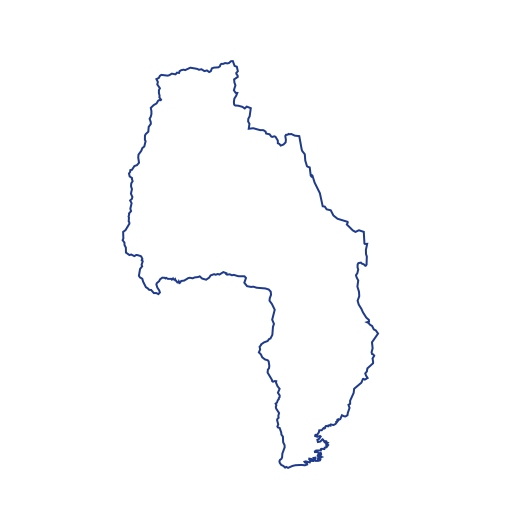 Ban Khok, Uttaradit, Thailand, rotated 323°
{"feature_id": "78962969B52849562974755", "entity_name": "Ban Khok", "entity_type": "district", "adm_level": 2, "iso_a3": "THA", "parent_name": "Thailand", "parent_adm1": "Uttaradit", "projection": "mercator", "projection_center": [100.999, 18.124], "detail": "fine", "context": "isolated", "style": "outline", "palette": "blue", "viewbox_px": 512, "rotation_deg": 323, "n_neighbors": 0, "source": "geoboundaries", "source_scale": "gbopen_adm2", "svg_char_len": 6101}
<svg xmlns="http://www.w3.org/2000/svg" viewBox="0 0 512 512"><g transform="rotate(323 256 256)"><path d="M233.2,438.2L235.0,436.5L239.3,433.6L240.3,430.5L242.2,430.7L244.1,428.2L251.6,424.1L254.5,421.1L263.9,420.6L267.3,418.6L267.9,418.8L268.5,420.2L271.7,420.6L271.9,417.7L272.6,415.5L275.1,414.9L277.3,412.8L284.9,412.1L285.8,411.1L287.4,408.0L290.4,406.8L290.4,405.2L289.7,404.1L290.4,402.4L293.6,399.9L296.7,394.7L306.8,391.4L306.9,387.5L305.9,385.5L306.6,381.8L305.7,379.5L305.5,377.0L304.8,375.7L306.8,376.4L307.7,374.9L307.0,371.6L307.5,365.4L308.4,361.4L308.8,356.7L310.2,352.9L314.3,350.2L316.7,346.6L318.6,341.4L322.9,337.1L323.5,333.6L324.3,331.5L326.6,330.7L329.5,328.3L330.3,326.1L332.1,323.9L333.5,323.3L335.8,324.4L335.9,325.6L337.1,327.6L337.4,329.6L338.1,329.8L339.1,329.4L344.2,323.1L345.0,320.7L347.4,317.3L352.1,313.2L350.3,312.0L350.1,311.3L356.6,301.6L353.7,297.4L349.9,296.6L348.7,293.8L347.5,285.5L349.4,284.5L349.7,283.8L343.5,275.3L342.2,270.2L343.2,264.5L340.5,261.2L340.7,258.0L339.2,256.4L344.8,244.3L347.0,232.6L349.5,225.6L349.2,225.0L348.1,225.6L348.1,224.7L352.2,217.6L350.9,215.6L350.8,214.8L352.8,209.4L356.2,204.1L356.1,200.1L356.6,198.4L362.7,186.3L359.4,183.2L357.6,179.8L356.1,179.0L355.5,178.1L354.3,178.2L352.9,177.3L351.6,177.8L349.8,181.2L348.0,183.1L345.0,183.5L342.2,182.7L342.1,180.5L341.3,179.1L342.9,176.9L343.3,172.5L342.6,171.4L340.7,170.7L340.1,169.8L340.1,167.0L337.8,164.3L338.5,162.4L337.9,160.6L337.4,159.7L335.0,157.9L330.7,152.3L326.8,150.0L330.3,146.5L330.7,143.8L332.4,141.8L335.0,140.6L340.8,134.8L338.5,131.1L335.8,131.4L334.9,128.7L332.3,125.3L330.1,123.4L329.7,122.6L329.8,121.7L331.0,119.7L333.4,117.3L336.6,116.1L339.2,114.5L337.9,113.4L338.1,110.3L342.3,107.3L343.2,104.4L344.8,101.8L349.2,102.0L349.9,100.8L349.9,98.9L350.3,98.0L352.7,97.5L354.6,93.3L353.3,91.3L354.8,86.4L353.3,85.4L350.4,85.6L349.0,84.9L347.4,83.3L345.4,82.8L344.0,81.7L342.6,81.9L341.3,82.8L339.5,82.7L335.7,80.2L333.7,79.6L331.1,81.2L329.3,80.9L328.5,78.3L326.1,77.3L324.8,74.0L322.6,73.0L321.5,71.0L316.9,66.1L311.3,64.9L310.3,63.6L308.1,62.6L306.2,62.4L304.7,63.5L303.2,62.0L301.1,62.5L298.5,59.7L295.5,59.4L294.0,58.8L289.4,54.4L287.7,54.3L285.5,55.3L282.9,54.8L282.4,57.9L280.4,59.6L280.2,64.2L278.3,65.1L276.6,67.3L275.5,69.9L274.3,71.2L274.2,74.1L273.6,74.2L272.6,73.3L271.3,73.1L268.4,74.3L265.0,73.9L261.1,74.4L259.7,77.3L257.9,79.7L255.8,81.4L253.6,82.4L252.6,85.6L251.5,87.2L248.0,88.3L244.8,91.9L241.2,92.3L239.8,93.0L237.2,96.3L236.9,97.9L232.7,101.3L230.2,101.4L227.6,103.0L223.2,104.3L221.2,106.5L218.7,111.1L215.6,111.8L213.0,111.0L208.8,112.5L207.3,111.8L206.1,113.1L204.2,113.7L203.0,116.4L203.9,119.2L203.2,119.9L202.5,122.0L200.1,122.9L198.1,125.2L197.2,127.9L193.6,131.0L192.8,134.5L191.2,135.7L188.9,135.9L188.4,139.0L184.1,142.6L183.2,145.0L180.2,145.6L179.8,146.4L177.9,147.9L177.7,148.8L175.2,151.7L175.1,152.8L174.3,154.0L167.4,156.8L164.4,156.8L160.6,162.2L159.0,163.1L159.0,166.1L157.6,168.1L157.1,171.0L154.2,175.0L155.5,179.1L157.2,179.7L158.8,182.9L160.9,183.1L161.6,183.6L163.9,186.7L164.0,187.5L163.5,190.0L162.2,190.5L162.4,192.0L159.3,194.2L158.9,195.7L155.6,196.6L150.6,201.3L150.4,203.2L151.5,205.7L150.4,208.6L149.3,214.7L150.1,216.8L150.3,218.7L151.8,220.0L152.1,224.1L154.1,225.6L155.1,227.7L157.3,227.3L158.0,225.2L158.2,221.8L159.3,218.8L160.4,218.0L163.5,217.8L165.3,216.9L168.1,216.9L169.9,218.4L170.2,219.4L171.1,219.4L171.9,221.3L174.5,223.2L174.6,224.2L176.1,224.0L175.9,224.7L176.5,225.7L177.5,225.7L176.9,227.0L177.3,227.4L177.3,229.8L178.1,230.4L179.0,229.9L178.6,231.5L179.6,231.6L180.2,231.1L181.4,231.0L183.8,232.4L188.7,232.9L190.1,233.6L192.0,235.7L194.1,236.2L197.0,237.9L198.8,238.4L199.4,241.6L201.9,244.9L205.5,245.1L208.1,244.2L211.6,245.3L212.5,246.7L214.7,247.4L215.6,248.8L220.2,249.2L222.0,252.0L221.3,252.6L221.7,253.5L224.0,254.8L225.2,256.9L226.9,257.7L229.7,261.5L234.6,265.3L234.8,267.5L230.6,270.3L230.7,274.7L233.5,277.8L235.4,278.9L237.5,281.8L243.9,287.5L246.0,290.4L246.3,293.3L244.7,296.0L241.6,298.0L239.9,299.8L239.8,304.0L238.6,310.2L230.6,316.6L229.5,321.0L226.9,322.8L221.6,328.8L217.9,330.6L216.4,330.2L214.1,330.9L210.4,329.8L206.8,329.7L206.3,330.2L204.2,330.7L203.1,333.1L200.3,334.7L200.7,337.6L200.0,340.6L200.9,344.0L202.6,346.3L202.7,347.7L200.5,351.8L198.8,353.5L197.1,353.9L195.1,356.1L194.2,364.4L193.6,365.7L193.9,366.6L195.8,367.2L196.8,368.2L195.8,369.1L194.8,373.0L194.9,376.3L191.2,378.4L191.0,381.6L189.8,383.0L188.5,383.3L188.0,384.1L186.6,384.3L184.5,385.7L182.8,385.7L182.5,387.4L181.0,388.4L180.3,389.9L179.9,395.3L177.6,397.1L176.7,398.8L175.1,399.0L174.1,399.7L172.4,403.9L170.5,405.0L170.3,406.0L171.4,407.6L169.9,412.2L168.8,413.9L168.8,416.4L165.6,421.1L165.0,424.2L163.8,426.0L158.1,429.7L155.6,432.6L154.2,433.3L152.4,433.3L151.2,434.0L150.5,435.4L150.4,438.0L151.5,440.1L151.9,442.5L153.2,442.6L154.1,444.5L158.8,445.6L161.7,446.9L166.7,450.3L169.1,452.6L171.4,453.3L171.9,452.1L170.8,450.3L170.9,449.5L172.2,450.0L174.7,453.2L176.3,452.3L176.1,450.4L176.6,449.9L177.9,451.3L177.2,453.2L178.3,454.1L180.2,451.8L182.1,452.8L181.5,453.7L180.4,453.6L180.1,455.3L182.3,457.0L184.1,457.7L185.0,457.2L183.4,455.4L183.8,454.9L187.5,456.0L186.4,453.9L185.0,453.3L185.1,452.6L185.9,452.2L186.9,453.5L188.5,453.8L189.2,452.6L189.1,452.1L187.6,451.5L187.0,449.5L185.1,448.1L185.4,447.5L186.9,447.5L190.8,450.3L191.6,449.3L192.4,449.5L194.4,451.3L195.5,450.4L197.2,451.2L199.9,450.4L199.7,449.6L198.3,449.4L198.7,448.8L200.8,448.4L200.2,447.6L199.4,447.8L199.1,447.3L198.9,446.5L200.5,446.8L200.6,446.3L198.8,444.5L199.1,443.1L198.8,442.4L195.7,442.9L193.5,441.8L194.4,439.7L196.4,440.0L199.0,439.1L198.8,438.3L196.2,437.3L194.9,435.4L195.4,434.8L196.0,434.7L197.2,435.6L200.0,434.7L201.6,433.3L203.6,434.7L206.4,434.1L206.8,434.9L207.8,434.9L208.6,434.0L209.7,433.9L211.1,435.4L211.9,434.9L213.1,436.1L213.3,435.5L214.3,435.5L216.1,437.6L218.3,438.0L219.8,437.6L220.1,437.0L220.6,437.4L222.0,437.0L221.8,436.3L222.5,435.7L223.6,435.9L223.9,436.7L225.1,437.0L228.8,434.9L230.0,437.2L231.0,438.0L233.2,438.2Z" fill="none" stroke="#1e3a8a" stroke-width="2"/></g></svg>